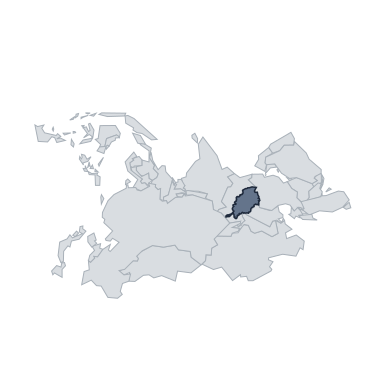 where Afghanistan sits in Asia, rotated 169°
{"feature_id": "AFG", "entity_name": "Afghanistan", "entity_type": "country or territory", "adm_level": 0, "iso_a3": "AFG", "parent_name": "Asia", "parent_adm1": "", "projection": "mercator", "projection_center": [67.565, 33.924], "detail": "fine", "context": "in_parent", "style": "filled", "palette": "slate", "viewbox_px": 384, "rotation_deg": 169, "n_neighbors": 45, "source": "natural_earth", "source_scale": "50m", "svg_char_len": 17020}
<svg xmlns="http://www.w3.org/2000/svg" viewBox="0 0 384 384"><g transform="rotate(169 192 192)"><path d="M195.9,119.2L191.8,122.1L190.3,127.7L185.2,126.4L183.4,133.1L177.0,135.3L179.3,141.5L177.7,144.4L162.2,141.1L160.4,143.9L154.5,143.2L148.0,150.2L143.0,148.5L141.5,142.2L138.4,139.6L131.0,140.4L122.0,132.9L115.4,135.0L115.5,148.0L110.7,144.5L106.6,146.4L106.6,142.9L101.0,136.4L108.0,134.1L108.0,128.2L97.9,129.9L91.2,122.4L94.0,114.2L96.6,116.6L102.2,109.2L114.9,113.6L129.3,112.8L129.9,110.9L125.8,108.1L130.2,103.8L128.4,100.9L129.5,99.4L149.1,93.3L153.7,94.2L154.5,98.8L160.4,99.3L160.2,101.6L169.1,97.3L177.2,112.6L185.7,111.8L195.9,119.2Z" fill="#d9dde1" stroke="#a8b0b8" stroke-width="1"/><path d="M115.5,148.0L115.4,135.0L122.0,132.9L131.0,140.4L138.4,139.6L141.5,142.2L143.0,148.5L147.0,150.2L153.9,144.7L152.5,147.3L159.3,149.5L156.0,151.9L153.0,151.7L153.2,149.2L149.7,150.0L147.7,154.0L145.6,153.8L147.3,158.5L145.9,161.8L122.3,143.0L118.4,148.0L115.5,148.0Z" fill="#d9dde1" stroke="#a8b0b8" stroke-width="1"/><path d="M333.3,271.0L333.4,287.8L331.1,285.7L324.6,286.0L327.3,283.2L325.4,278.2L314.5,273.4L312.8,274.9L310.2,271.6L314.6,270.0L310.8,270.0L306.5,266.8L315.3,266.4L316.4,271.5L319.1,273.0L324.2,268.7L333.3,271.0ZM292.2,287.2L290.9,290.5L288.4,290.7L289.7,288.3L292.2,287.2ZM315.9,282.1L315.7,280.1L316.6,278.3L317.2,280.3L315.9,282.1ZM274.1,253.8L272.6,256.1L276.9,262.1L273.9,262.4L269.6,274.7L254.5,271.9L251.2,263.3L253.0,259.2L255.2,262.4L263.6,261.2L265.7,260.7L268.9,253.3L274.1,253.8ZM299.7,273.1L306.3,272.3L307.3,274.3L299.7,273.1ZM297.1,274.1L295.3,273.6L294.9,272.5L297.4,272.4L297.1,274.1ZM299.8,258.8L301.8,261.5L300.3,266.7L298.5,261.8L299.8,258.8ZM281.8,261.0L292.9,260.7L289.0,263.8L280.0,263.8L279.6,265.7L281.9,268.0L288.1,265.9L283.4,269.2L287.6,278.1L285.2,277.9L286.5,275.8L283.3,276.1L282.0,271.1L280.3,271.9L280.6,278.5L279.0,278.9L276.4,271.5L279.1,264.0L281.8,261.0ZM281.5,290.0L276.9,289.0L279.3,288.4L281.5,290.0ZM279.3,287.0L284.7,286.1L286.9,285.2L286.6,286.6L279.3,287.0ZM274.1,285.2L277.3,286.7L271.2,287.6L274.1,285.2ZM243.8,279.5L260.6,282.2L268.5,285.9L265.6,286.9L242.0,282.0L243.8,279.5ZM237.1,266.2L243.9,272.2L243.2,279.4L240.4,279.4L234.9,275.2L216.2,250.3L221.8,250.9L229.9,259.0L234.7,260.8L238.1,264.1L237.1,266.2Z" fill="#d9dde1" stroke="#a8b0b8" stroke-width="1"/><path d="M292.5,288.5L294.7,286.0L298.3,286.0L292.5,288.5Z" fill="#d9dde1" stroke="#a8b0b8" stroke-width="1"/><path d="M63.9,173.9L61.8,178.2L61.6,185.2L59.9,180.1L62.1,174.5L63.9,173.9Z" fill="#d9dde1" stroke="#a8b0b8" stroke-width="1"/><path d="M65.9,171.1L62.1,174.5L65.5,169.8L65.9,171.1Z" fill="#d9dde1" stroke="#a8b0b8" stroke-width="1"/><path d="M63.2,176.6L61.6,179.7L62.3,176.2L63.2,176.6Z" fill="#d9dde1" stroke="#a8b0b8" stroke-width="1"/><path d="M63.2,176.6L71.5,173.6L72.6,177.3L66.9,179.3L69.5,182.3L64.6,186.1L61.6,185.2L63.2,176.6Z" fill="#d9dde1" stroke="#a8b0b8" stroke-width="1"/><path d="M104.3,200.3L110.5,200.7L116.3,196.2L113.1,205.2L105.4,203.8L104.3,200.3Z" fill="#d9dde1" stroke="#a8b0b8" stroke-width="1"/><path d="M102.3,198.9L102.1,196.8L103.5,195.0L104.4,197.6L102.3,198.9Z" fill="#d9dde1" stroke="#a8b0b8" stroke-width="1"/><path d="M93.3,183.6L96.2,188.0L91.4,186.4L93.3,183.6Z" fill="#d9dde1" stroke="#a8b0b8" stroke-width="1"/><path d="M72.6,177.3L71.5,173.6L77.2,170.4L77.9,164.3L81.7,161.0L86.8,161.7L90.2,166.4L88.5,171.8L93.4,176.4L96.6,184.0L86.7,186.2L72.6,177.3Z" fill="#d9dde1" stroke="#a8b0b8" stroke-width="1"/><path d="M113.6,204.6L116.6,198.4L125.4,205.7L120.3,211.4L119.9,214.9L108.2,221.1L105.4,214.8L113.0,212.1L114.7,206.6L113.6,204.6ZM116.8,194.5L115.8,195.2L116.5,194.2L116.8,194.5Z" fill="#d9dde1" stroke="#a8b0b8" stroke-width="1"/><path d="M234.9,232.9L235.9,227.6L243.8,228.5L244.9,226.6L247.8,229.4L247.5,232.5L243.2,234.5L244.3,236.1L237.2,237.0L234.9,232.9Z" fill="#d9dde1" stroke="#a8b0b8" stroke-width="1"/><path d="M241.7,227.4L235.9,227.6L234.9,232.9L228.5,229.7L226.3,240.6L233.8,248.4L231.2,249.8L223.6,242.9L227.2,233.7L223.7,225.2L225.5,222.4L221.6,216.3L223.8,212.9L228.6,210.9L231.6,213.5L231.0,218.8L236.5,216.7L240.4,219.0L242.6,224.0L241.7,227.4Z" fill="#d9dde1" stroke="#a8b0b8" stroke-width="1"/><path d="M247.2,227.6L241.7,227.4L242.6,224.0L238.4,216.8L231.0,218.8L231.6,213.5L228.6,210.9L232.9,208.9L232.5,205.7L236.5,210.0L239.6,210.0L240.6,212.4L238.3,214.1L247.0,223.1L247.2,227.6Z" fill="#d9dde1" stroke="#a8b0b8" stroke-width="1"/><path d="M228.6,210.9L223.8,212.9L221.6,216.3L225.5,222.4L223.7,225.2L227.2,233.7L224.6,238.8L224.5,230.5L221.0,220.4L216.4,223.6L213.4,222.7L213.8,216.9L208.6,208.0L215.8,193.7L221.0,192.3L221.4,188.9L224.9,191.0L222.2,201.3L224.9,200.8L227.1,204.0L226.3,206.3L231.2,207.0L228.6,210.9Z" fill="#d9dde1" stroke="#a8b0b8" stroke-width="1"/><path d="M239.4,237.4L244.3,236.1L243.2,234.5L247.5,232.5L247.7,225.0L238.3,214.1L240.6,212.4L239.6,210.0L236.5,210.0L233.8,205.3L241.9,202.8L248.9,207.8L242.8,214.6L251.0,224.8L251.9,234.3L241.5,242.3L239.4,237.4Z" fill="#d9dde1" stroke="#a8b0b8" stroke-width="1"/><path d="M306.8,144.3L304.4,149.4L298.8,153.2L300.5,157.8L291.6,158.7L293.3,154.5L290.4,152.7L292.5,150.5L297.1,146.3L300.5,147.5L300.1,145.6L305.1,142.2L306.8,144.3Z" fill="#d9dde1" stroke="#a8b0b8" stroke-width="1"/><path d="M295.3,159.8L300.9,157.0L303.7,162.9L302.8,168.3L296.1,170.5L295.2,163.1L297.1,162.6L295.3,159.8Z" fill="#d9dde1" stroke="#a8b0b8" stroke-width="1"/><path d="M196.9,118.8L208.4,112.8L221.3,117.1L225.4,107.7L237.7,115.7L245.9,115.0L250.0,118.9L255.6,119.5L265.1,115.1L271.0,116.5L268.6,124.9L274.6,123.6L278.9,127.5L262.8,135.7L258.7,134.7L257.4,137.0L258.6,139.5L255.0,142.6L241.0,147.0L230.5,143.3L218.9,143.1L216.3,137.8L205.1,134.0L205.2,128.1L196.9,118.8Z" fill="#d9dde1" stroke="#a8b0b8" stroke-width="1"/><path d="M221.4,188.9L221.0,192.3L215.8,193.7L209.5,206.5L208.2,202.1L207.0,203.9L205.6,202.4L208.8,198.3L202.5,197.4L199.0,194.1L198.1,196.0L199.9,197.5L197.8,199.6L199.3,200.4L199.8,207.4L194.9,208.0L193.7,211.7L182.7,221.4L177.9,223.1L176.7,237.7L170.8,243.9L160.5,222.9L158.2,208.4L152.7,209.7L146.8,201.9L154.1,200.0L150.2,192.7L153.0,189.7L156.0,189.9L164.9,177.0L161.1,170.7L169.1,169.7L171.5,167.0L174.3,170.7L173.8,179.2L179.9,183.2L177.3,187.3L185.5,191.5L197.7,194.2L199.4,189.4L199.7,192.2L202.0,193.3L207.9,193.0L207.0,190.3L218.3,185.4L218.7,188.4L221.4,188.9Z" fill="#d9dde1" stroke="#a8b0b8" stroke-width="1"/><path d="M208.2,202.1L208.7,210.2L206.3,204.5L203.9,204.4L203.4,207.0L200.2,206.4L197.8,199.6L199.9,197.5L198.1,196.0L199.0,194.1L202.5,197.4L208.8,198.3L205.6,202.4L207.0,203.9L208.2,202.1Z" fill="#d9dde1" stroke="#a8b0b8" stroke-width="1"/><path d="M207.0,190.3L207.9,193.0L199.7,192.2L202.7,188.8L207.0,190.3Z" fill="#d9dde1" stroke="#a8b0b8" stroke-width="1"/><path d="M197.9,190.0L197.7,194.2L195.6,194.2L177.3,187.3L181.0,182.5L192.0,189.0L197.9,190.0Z" fill="#d9dde1" stroke="#a8b0b8" stroke-width="1"/><path d="M171.5,167.0L169.1,169.7L161.1,170.7L164.9,177.0L156.0,189.9L153.0,189.7L150.2,192.7L154.1,200.0L146.8,201.9L142.2,197.0L129.7,198.0L130.6,194.7L134.3,193.2L128.1,184.3L132.4,185.8L142.1,184.1L143.6,179.9L149.7,178.1L156.2,163.8L164.7,161.8L167.3,165.7L171.5,167.0Z" fill="#d9dde1" stroke="#a8b0b8" stroke-width="1"/><path d="M145.9,161.8L147.3,158.5L145.6,153.8L153.2,149.2L154.1,151.6L150.1,154.0L160.9,154.3L164.2,160.9L156.2,163.1L153.5,157.4L149.4,161.8L145.9,161.8Z" fill="#d9dde1" stroke="#a8b0b8" stroke-width="1"/><path d="M153.9,144.7L160.4,143.9L162.2,141.1L177.7,144.4L160.9,154.3L150.1,154.0L150.3,152.1L159.3,149.5L152.5,147.3L153.9,144.7Z" fill="#d9dde1" stroke="#a8b0b8" stroke-width="1"/><path d="M106.6,146.4L110.7,144.5L114.2,148.2L118.4,148.0L122.3,143.0L142.6,159.1L142.5,161.1L140.6,160.1L131.6,167.7L128.9,166.5L128.7,163.9L119.0,158.9L110.3,161.6L110.2,155.9L107.1,152.3L107.7,149.5L112.4,149.2L109.8,145.2L107.4,148.6L106.6,146.4Z" fill="#d9dde1" stroke="#a8b0b8" stroke-width="1"/><path d="M96.6,184.0L93.4,176.4L88.5,171.8L90.2,166.4L85.4,159.1L85.1,154.3L90.4,156.6L95.3,153.8L98.2,160.4L102.4,162.6L110.0,162.4L117.2,158.6L128.7,163.9L127.2,174.8L130.4,181.6L128.1,184.3L134.3,193.2L130.6,194.7L129.7,198.0L119.2,196.1L118.1,192.6L109.2,193.0L104.1,190.0L100.5,183.3L96.6,184.0Z" fill="#d9dde1" stroke="#a8b0b8" stroke-width="1"/><path d="M63.7,175.6L65.9,171.1L64.1,167.3L66.3,162.8L80.6,161.5L77.9,164.3L77.2,170.4L66.5,176.8L63.7,175.6Z" fill="#d9dde1" stroke="#a8b0b8" stroke-width="1"/><path d="M91.3,156.5L84.0,151.6L83.8,148.7L88.9,149.7L91.3,156.5Z" fill="#d9dde1" stroke="#a8b0b8" stroke-width="1"/><path d="M86.8,161.7L66.3,162.8L64.8,166.0L64.8,163.4L61.1,162.9L48.2,165.0L43.0,163.3L39.2,154.2L47.1,148.3L58.0,145.6L70.4,149.2L81.3,147.1L86.9,153.4L85.1,154.3L86.8,161.7ZM39.1,146.2L43.9,145.6L46.4,148.0L39.7,151.9L39.1,146.2Z" fill="#d9dde1" stroke="#a8b0b8" stroke-width="1"/><path d="M181.6,245.0L181.3,247.7L178.0,249.1L176.3,243.3L177.4,239.1L181.6,245.0Z" fill="#d9dde1" stroke="#a8b0b8" stroke-width="1"/><path d="M252.6,217.0L250.4,213.8L255.9,211.9L254.8,215.7L252.6,217.0ZM160.9,154.3L179.3,141.5L177.0,135.3L183.4,133.1L185.2,126.4L190.3,127.7L191.8,122.1L196.9,118.8L205.2,128.1L205.1,134.0L216.3,137.8L218.9,143.1L230.5,143.3L241.0,147.0L252.0,143.8L258.6,139.5L257.4,137.0L258.7,134.7L262.8,135.7L272.9,128.9L278.6,128.8L274.6,123.6L267.9,123.3L271.0,116.5L277.7,115.5L281.4,108.1L280.0,104.8L285.3,101.9L294.7,104.6L299.1,117.0L303.6,118.3L307.7,124.7L318.0,122.0L313.1,134.5L307.7,135.2L306.8,144.3L305.1,142.2L300.1,145.6L300.5,147.5L297.1,146.3L290.4,152.7L282.2,156.1L285.1,151.0L283.7,149.2L273.2,156.6L278.8,161.7L281.6,159.4L285.6,160.8L286.0,162.5L277.3,168.9L284.4,178.7L282.8,181.8L284.9,184.3L283.8,189.0L276.1,199.5L269.0,204.4L255.9,208.2L255.0,211.1L253.6,211.3L253.6,208.3L246.3,207.1L245.5,204.4L241.9,202.8L232.5,205.7L232.9,208.9L226.3,206.3L227.1,204.0L224.9,200.8L222.2,201.3L224.9,191.0L222.9,188.6L218.7,188.4L218.3,185.4L209.1,189.9L202.7,188.8L199.6,191.6L199.4,189.4L192.0,189.0L173.8,179.2L174.3,170.7L167.3,165.7L160.9,154.3Z" fill="#d9dde1" stroke="#a8b0b8" stroke-width="1"/><path d="M283.3,197.4L282.5,204.4L281.4,206.7L279.8,202.3L283.3,197.4Z" fill="#d9dde1" stroke="#a8b0b8" stroke-width="1"/><path d="M91.0,146.1L94.6,148.5L96.6,146.3L101.2,151.6L99.1,151.8L97.4,158.0L95.3,153.8L91.3,156.5L89.0,152.8L87.4,148.2L91.3,148.8L91.0,146.1ZM90.4,156.6L88.6,156.2L86.9,153.4L89.3,154.2L90.4,156.6Z" fill="#d9dde1" stroke="#a8b0b8" stroke-width="1"/><path d="M74.5,140.6L88.6,143.9L91.6,148.4L78.6,147.2L78.3,143.4L74.5,140.6Z" fill="#d9dde1" stroke="#a8b0b8" stroke-width="1"/><path d="M282.7,232.9L280.3,229.6L283.4,230.6L282.7,232.9ZM287.2,241.2L287.1,236.3L288.1,237.9L290.0,235.4L287.2,241.2ZM293.4,239.2L296.3,245.9L295.4,248.3L294.4,245.6L293.2,246.9L293.3,250.1L290.3,248.6L288.8,244.2L284.4,245.9L288.4,242.0L293.5,241.3L293.4,239.2ZM278.7,237.2L272.3,242.9L278.3,235.1L278.7,237.2ZM285.5,216.9L283.9,227.3L289.6,228.7L290.0,232.0L287.0,229.3L281.1,228.5L282.1,226.8L279.3,224.4L281.3,216.1L285.5,216.9ZM284.6,237.5L284.3,233.7L287.5,234.5L284.6,237.5ZM293.6,233.0L294.3,235.9L292.3,235.2L291.8,238.3L290.4,231.9L293.6,233.0Z" fill="#d9dde1" stroke="#a8b0b8" stroke-width="1"/><path d="M228.5,247.8L235.9,250.2L239.1,261.1L231.9,257.3L228.5,247.8ZM274.1,253.8L268.9,253.3L265.7,260.7L255.2,262.4L253.5,260.9L253.0,259.2L256.9,259.6L257.4,257.5L261.6,256.4L264.7,252.8L267.6,253.3L271.1,246.6L277.4,250.5L274.1,253.8Z" fill="#d9dde1" stroke="#a8b0b8" stroke-width="1"/><path d="M267.9,250.4L267.6,253.3L265.8,254.1L264.7,252.8L267.9,250.4Z" fill="#d9dde1" stroke="#a8b0b8" stroke-width="1"/><path d="M335.6,155.1L331.4,168.1L323.6,169.8L320.0,173.3L318.1,169.8L307.6,172.0L310.2,174.3L308.5,179.4L305.6,179.5L306.3,176.8L303.6,173.8L311.8,167.2L319.7,166.9L322.3,161.3L324.1,162.8L329.3,158.3L331.5,148.4L334.2,147.8L335.6,155.1ZM342.5,138.8L344.4,137.3L344.9,141.2L338.9,145.6L334.9,143.3L333.5,147.1L330.6,147.1L330.3,143.7L334.3,140.8L335.8,133.0L342.5,138.8ZM311.2,173.3L315.1,170.5L317.3,172.3L312.8,175.6L311.2,173.3Z" fill="#d9dde1" stroke="#a8b0b8" stroke-width="1"/><path d="M105.4,214.8L108.2,221.1L105.8,223.9L83.5,231.7L81.3,224.9L83.3,218.6L92.6,220.3L98.0,215.8L105.4,214.8Z" fill="#d9dde1" stroke="#a8b0b8" stroke-width="1"/><path d="M61.7,185.7L68.2,183.8L69.5,182.3L66.9,179.3L72.6,177.3L86.7,186.2L93.7,186.7L100.6,193.4L105.4,203.8L113.6,204.6L114.7,206.6L113.0,212.1L98.0,215.8L92.6,220.3L83.3,218.6L81.7,221.9L72.4,208.5L70.8,201.9L60.9,189.4L61.7,185.7Z" fill="#d9dde1" stroke="#a8b0b8" stroke-width="1"/><path d="M60.7,166.5L56.6,169.9L54.8,168.2L60.7,166.5Z" fill="#d9dde1" stroke="#a8b0b8" stroke-width="1"/><path d="M142.6,161.1L143.3,161.0L144.0,161.2L144.3,161.5L144.6,161.6L144.9,161.4L145.1,161.4L145.2,161.5L145.3,161.5L145.6,161.5L145.7,161.8L145.9,162.0L146.2,162.3L146.5,162.4L146.9,162.2L147.0,162.2L147.3,161.8L147.7,161.6L148.0,161.5L148.0,161.4L148.3,161.4L148.5,161.3L148.5,161.2L148.8,161.2L149.0,161.4L149.4,161.7L149.6,161.9L149.8,161.8L150.0,161.6L150.0,161.3L149.9,161.0L150.0,160.7L150.5,160.3L151.0,160.3L151.3,160.3L151.6,160.5L151.8,160.5L151.9,160.4L152.1,160.1L152.1,159.8L152.0,159.4L152.1,159.2L152.3,159.1L152.5,158.8L152.8,158.4L153.0,157.9L153.3,157.6L153.7,157.5L154.2,157.6L154.7,158.0L154.9,158.5L154.7,159.0L154.7,159.3L154.8,159.3L155.0,159.3L155.3,159.2L155.5,159.3L155.5,159.5L155.4,159.7L155.3,160.3L155.2,160.8L155.2,161.4L155.1,161.8L155.2,162.2L155.4,162.7L155.5,163.1L155.9,163.2L156.1,163.2L156.4,163.0L157.0,162.6L157.5,162.3L158.3,162.1L158.5,161.7L158.9,161.4L159.7,160.9L160.1,160.8L160.4,160.7L160.7,160.8L160.8,160.8L161.0,160.9L161.0,161.0L160.8,161.3L160.7,161.4L160.8,161.5L161.1,161.5L161.6,161.3L161.9,161.2L162.1,161.2L162.4,160.9L162.6,160.9L162.8,161.0L163.0,161.0L163.4,161.0L163.6,161.1L163.8,161.3L163.9,161.5L164.0,161.5L163.9,161.5L163.7,161.4L163.4,161.4L163.1,161.5L162.7,161.7L162.7,161.8L163.0,162.1L162.8,162.3L162.2,162.6L161.8,162.8L161.7,162.8L161.5,162.7L161.1,162.6L160.2,162.6L159.4,162.7L159.1,162.7L158.5,162.8L158.2,162.8L157.9,162.9L157.7,163.0L157.4,163.1L157.2,163.1L156.8,163.4L156.4,163.7L156.1,163.9L156.0,164.1L155.9,164.1L155.6,164.0L155.4,164.2L155.2,164.5L154.8,164.9L154.6,165.0L154.5,165.3L154.9,165.6L155.0,165.8L155.3,166.3L155.3,166.7L155.5,166.9L155.5,167.1L155.6,167.3L155.4,167.5L155.5,167.8L155.6,168.0L155.4,168.3L155.2,168.7L154.9,168.9L154.8,169.0L154.6,169.3L154.3,169.6L154.2,169.8L154.1,170.0L153.9,170.0L154.0,170.2L154.1,170.3L154.3,170.5L154.3,170.8L154.2,171.0L154.3,171.3L154.2,171.5L153.6,171.7L153.1,171.8L152.5,171.8L152.3,171.8L152.1,171.8L151.4,171.5L151.2,171.7L151.1,172.0L151.6,172.5L151.8,172.8L152.0,173.4L152.2,173.6L152.1,173.9L151.7,174.1L151.3,174.4L150.7,174.5L150.4,174.6L150.2,174.7L150.1,175.3L149.9,175.5L149.8,176.0L149.6,176.2L149.5,176.5L149.6,177.0L149.6,178.0L149.4,178.3L149.1,178.6L148.8,178.8L148.6,178.9L148.3,178.9L148.2,178.7L147.9,178.4L147.7,178.4L147.5,178.5L147.2,178.5L146.9,178.4L146.7,178.4L146.7,178.5L146.4,178.8L145.7,179.1L145.4,179.2L145.3,179.3L145.4,179.6L145.7,179.7L145.7,179.8L145.3,180.0L144.9,180.1L144.5,180.1L144.1,180.1L143.8,179.9L143.6,179.9L143.3,180.0L143.1,180.2L142.8,180.7L142.7,180.7L142.7,180.8L142.2,181.1L142.1,181.4L141.9,182.0L142.0,182.3L142.0,182.8L141.9,183.2L141.8,183.4L141.8,183.6L142.0,183.9L141.9,184.0L141.7,184.2L141.1,184.4L140.4,184.6L139.9,184.8L139.1,185.0L138.9,185.1L138.4,185.1L138.2,185.0L137.9,185.0L137.4,185.0L137.1,185.1L136.8,185.2L136.5,185.4L136.4,185.5L136.0,185.4L135.0,185.2L132.2,185.5L131.9,185.5L131.0,185.1L129.7,184.7L129.0,184.5L128.0,184.2L128.7,183.4L129.3,182.7L129.8,182.0L130.4,181.3L130.5,181.0L130.5,180.6L130.3,179.9L130.1,179.6L129.3,179.5L128.7,179.4L128.0,179.3L127.9,179.3L127.9,178.8L127.9,178.6L127.9,178.2L127.9,177.8L128.0,177.3L128.0,177.0L127.7,176.0L127.5,175.4L127.3,174.8L127.3,174.6L127.3,174.3L127.7,173.8L127.8,173.6L128.0,173.4L128.2,173.2L127.9,173.0L127.5,173.0L127.3,172.9L127.2,172.8L127.1,172.6L127.2,172.2L127.1,171.4L127.3,171.0L127.5,170.7L128.1,170.7L127.9,170.4L127.8,170.2L127.7,170.2L127.9,170.0L128.0,169.9L128.2,169.7L128.3,169.7L128.4,169.4L128.5,169.2L128.6,168.8L128.7,168.6L128.7,168.4L128.8,168.3L128.7,168.1L128.7,167.9L128.7,167.7L128.8,167.7L128.9,167.4L129.0,167.2L129.1,166.8L129.1,166.6L129.3,166.6L129.5,166.9L129.8,167.1L130.0,167.2L130.3,167.3L130.6,167.2L130.8,167.2L131.2,167.4L131.5,167.7L131.6,167.8L131.7,168.0L131.8,168.0L132.0,167.8L132.3,167.8L132.5,167.8L132.8,167.7L133.2,167.5L133.5,167.3L133.7,167.2L133.7,166.8L133.8,166.6L134.0,166.4L133.9,166.3L133.9,166.2L133.9,165.9L134.0,165.9L134.3,165.9L134.9,165.7L135.3,165.5L135.7,165.4L135.9,165.4L136.1,165.4L136.2,165.2L136.3,165.1L136.6,165.0L137.0,164.7L137.4,164.3L137.5,164.1L137.6,163.7L137.8,163.0L138.0,162.4L138.1,162.0L138.2,161.8L138.5,161.6L138.9,161.5L139.4,161.4L140.1,161.4L140.2,161.1L140.3,160.7L140.6,160.4L141.0,160.6L141.5,160.9L142.1,161.1L142.4,161.1L142.6,161.1Z" fill="#64748b" stroke="#1e293b" stroke-width="1.5"/></g></svg>